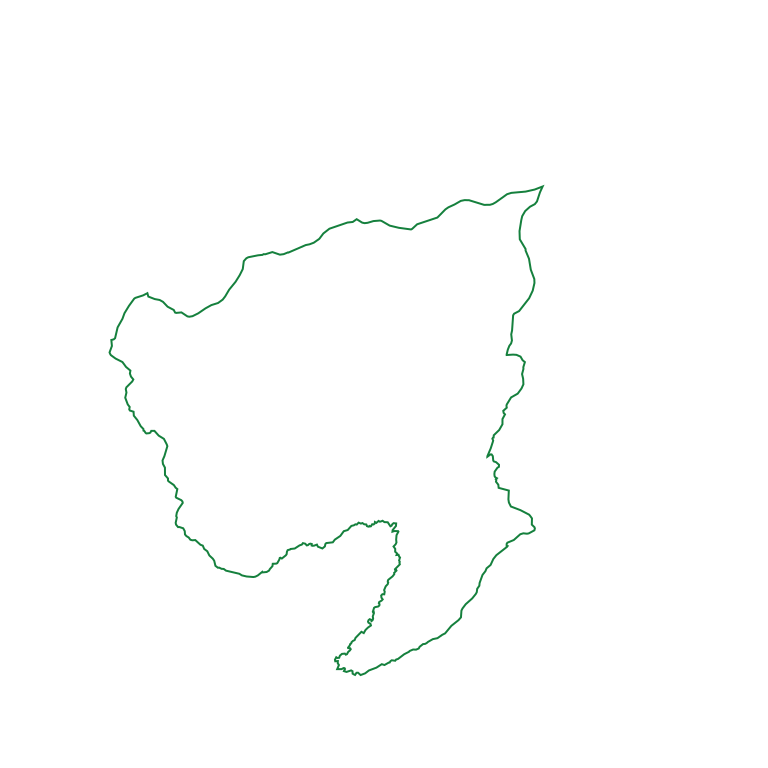 the district of Giraldo, Antioquia, Colombia, rotated 49°
{"feature_id": "7082276B20831515538679", "entity_name": "Giraldo", "entity_type": "district", "adm_level": 2, "iso_a3": "COL", "parent_name": "Colombia", "parent_adm1": "Antioquia", "projection": "equal_earth", "projection_center": [-75.917, 6.672], "detail": "fine", "context": "isolated", "style": "outline", "palette": "green", "viewbox_px": 768, "rotation_deg": 49, "n_neighbors": 0, "source": "geoboundaries", "source_scale": "gbopen_adm2", "svg_char_len": 6165}
<svg xmlns="http://www.w3.org/2000/svg" viewBox="0 0 768 768"><g transform="rotate(49 384 384)"><path d="M171.9,560.9L176.8,564.4L180.1,570.4L181.4,570.9L183.0,571.2L188.7,569.9L195.8,567.0L201.9,567.5L207.5,566.6L209.4,568.9L212.4,570.1L216.1,570.2L216.9,572.3L217.5,580.6L218.4,582.2L221.5,584.0L224.6,588.3L231.3,590.8L234.5,591.0L236.0,592.9L237.3,593.2L240.6,591.2L243.8,593.6L249.3,593.8L256.3,595.3L260.1,595.1L261.4,596.1L262.2,595.7L264.5,596.0L265.4,595.8L267.1,593.4L267.4,592.2L266.7,590.4L268.8,588.0L275.2,587.9L281.0,586.1L287.1,587.6L288.8,588.3L294.4,597.1L296.4,601.3L299.3,603.3L303.4,604.2L309.0,609.0L313.6,609.0L314.9,610.2L315.9,610.5L322.5,608.9L325.6,609.3L327.7,608.9L332.5,615.2L333.5,615.4L338.7,613.2L340.4,613.2L341.7,613.9L343.5,621.0L345.2,624.8L347.4,627.5L348.8,627.9L352.1,632.3L353.7,633.2L356.9,633.3L357.8,632.2L361.2,630.2L364.3,630.9L367.0,632.9L369.2,632.9L371.7,632.1L374.5,632.3L376.2,631.2L378.0,628.8L384.9,628.0L387.1,626.8L390.5,627.9L394.3,627.1L398.8,628.3L403.5,627.8L406.0,628.1L410.6,630.5L413.7,629.9L414.4,628.9L417.0,627.8L418.4,626.3L421.2,625.7L432.3,617.7L435.2,616.8L439.1,614.0L444.0,609.2L445.0,607.5L445.7,604.8L445.9,599.2L446.4,599.4L448.9,595.9L449.4,593.1L448.8,591.7L448.3,587.7L446.7,585.9L448.8,583.3L449.2,582.1L447.8,578.1L446.9,576.8L447.1,576.2L448.7,575.6L448.9,570.5L448.6,569.2L446.9,567.3L446.2,565.7L447.3,563.4L447.2,562.8L449.6,559.3L450.4,553.6L451.3,551.4L450.9,549.6L452.9,548.2L455.1,548.2L455.7,547.2L455.7,545.3L456.3,544.2L457.4,543.5L458.4,544.6L459.1,544.2L460.1,542.9L461.2,540.0L463.4,540.6L467.7,538.4L467.8,535.2L466.3,533.2L466.2,531.9L469.9,526.5L469.2,523.2L470.0,516.6L468.7,510.9L470.4,507.2L469.7,501.7L470.9,499.4L471.1,497.7L472.2,496.8L472.0,494.1L474.2,493.0L474.8,491.5L476.9,491.0L478.4,489.5L480.1,490.1L481.4,489.4L481.7,488.1L482.2,488.2L482.8,487.2L482.1,484.9L483.2,484.0L483.2,482.6L482.2,481.4L483.8,480.9L483.8,477.9L485.0,477.6L485.6,476.8L486.3,474.8L488.5,474.3L490.8,471.9L495.6,472.5L495.9,471.3L495.3,469.8L495.3,468.1L497.2,466.3L499.0,468.1L499.9,473.3L501.0,474.5L501.8,472.6L504.3,469.9L504.9,470.0L506.3,473.7L509.4,476.9L511.8,478.6L512.6,480.4L512.9,483.4L515.8,483.7L517.9,485.6L520.6,485.3L521.3,486.7L522.5,485.1L524.5,485.9L525.4,485.7L527.1,488.4L528.6,488.8L528.9,489.5L530.5,490.4L531.0,497.3L531.7,497.6L532.3,496.8L533.0,497.0L533.2,500.3L534.2,500.9L534.4,501.6L534.8,503.8L534.6,509.2L534.9,510.0L535.8,511.0L536.5,511.0L537.5,512.5L537.8,515.4L539.6,519.1L541.2,519.7L542.9,521.8L541.6,523.1L541.8,524.9L543.6,526.1L545.7,526.3L545.9,527.9L545.4,530.6L546.0,531.7L547.2,531.8L548.1,532.8L548.1,534.4L546.6,537.0L546.4,538.3L548.6,541.9L549.1,542.0L549.3,541.3L550.3,541.9L552.0,544.9L554.0,546.2L554.8,547.7L554.7,549.0L553.4,548.4L552.1,549.1L552.1,550.6L552.8,551.9L553.8,552.3L556.3,551.6L557.7,552.3L557.3,555.8L557.5,559.3L558.7,562.7L556.2,563.6L556.9,572.0L558.0,574.2L557.5,576.0L557.6,578.0L558.3,579.0L558.1,580.3L558.8,581.2L559.4,584.1L559.8,584.3L561.3,582.9L562.3,583.1L562.7,584.5L562.7,586.8L563.6,589.2L563.2,590.4L561.8,590.4L560.1,592.8L560.1,595.5L561.2,597.4L560.1,599.0L558.9,599.3L559.1,599.8L559.9,601.9L561.3,602.7L562.8,600.6L564.4,602.1L566.5,602.4L568.5,606.4L571.3,603.2L571.9,600.8L572.6,600.2L573.5,600.4L574.4,602.6L576.7,601.2L578.6,596.7L580.1,596.2L582.0,597.7L583.3,597.3L584.6,596.7L583.9,594.2L584.9,593.0L588.3,592.6L590.0,588.1L590.3,583.3L593.1,575.8L594.0,569.5L596.4,568.0L597.4,563.1L597.9,562.5L597.4,560.9L597.6,559.4L600.2,557.1L599.9,555.6L600.7,553.8L601.2,546.0L602.5,540.8L602.3,539.9L603.5,536.2L605.5,534.1L606.4,531.3L605.7,529.5L605.9,525.2L607.1,523.5L607.5,521.8L607.5,520.0L608.6,514.5L610.9,510.4L611.5,504.6L612.3,501.5L610.7,491.8L611.1,482.7L610.6,479.0L605.8,474.2L604.9,472.0L603.8,466.8L603.7,458.1L602.7,452.5L602.0,450.6L599.7,448.0L598.8,444.4L596.9,442.4L592.7,434.9L591.8,430.3L590.4,427.5L590.5,422.3L587.8,416.3L586.9,411.5L587.6,398.0L587.4,397.1L586.6,397.6L585.2,396.4L584.7,395.0L586.9,388.4L586.8,379.7L588.1,376.8L590.8,374.3L591.7,372.8L593.1,366.5L592.0,364.9L590.8,364.4L587.1,364.7L582.5,360.5L579.2,360.2L577.8,360.2L568.7,363.8L559.7,368.6L555.4,367.5L552.7,365.8L546.3,359.7L537.6,365.6L535.0,363.8L531.2,363.6L530.0,362.1L529.3,362.1L529.2,360.6L527.5,361.2L526.1,361.0L524.3,359.7L522.7,357.9L521.6,353.3L521.9,351.6L520.4,350.2L516.5,350.7L514.5,351.9L513.5,351.8L509.8,349.2L507.7,349.0L507.0,349.8L506.7,353.7L506.3,353.3L502.6,345.7L499.1,339.9L498.3,338.7L496.4,338.1L496.0,337.0L496.3,336.4L494.7,334.8L494.3,327.3L492.1,321.0L488.2,317.6L486.3,312.6L484.4,312.7L482.5,311.6L482.4,306.9L480.8,305.9L480.0,304.8L477.5,296.9L479.0,289.4L477.6,283.2L475.7,279.0L471.4,275.6L467.1,273.3L464.1,268.9L462.7,267.8L459.9,263.3L457.0,263.8L452.9,263.0L448.9,264.9L446.5,267.3L442.6,272.4L442.2,272.1L439.3,268.0L437.4,264.3L436.8,261.5L435.1,258.9L430.0,255.4L427.6,252.2L416.9,241.5L416.3,239.7L417.6,234.2L414.5,218.2L411.1,210.5L406.5,204.2L403.4,201.7L394.0,198.2L384.6,192.4L376.2,189.6L375.0,188.6L363.9,186.6L357.5,181.4L350.4,172.9L348.0,169.6L346.1,164.0L346.0,157.5L347.2,152.2L346.6,148.8L341.7,140.6L339.0,134.7L336.1,142.7L331.7,150.9L323.3,162.5L321.5,166.6L320.2,180.4L319.5,183.8L318.3,186.4L314.5,190.9L301.0,199.3L298.0,202.7L296.2,205.9L294.8,213.0L292.9,219.5L292.5,223.1L293.4,234.5L285.2,254.2L285.4,261.0L285.1,262.2L275.9,270.3L268.2,275.8L259.2,278.9L258.0,279.8L254.1,285.1L251.6,290.6L249.9,293.1L247.9,294.6L241.7,296.5L241.2,301.3L238.2,305.6L231.0,323.3L230.6,331.0L232.0,337.6L231.3,344.3L229.7,348.6L227.8,351.9L222.1,369.9L221.7,370.1L220.2,374.5L218.1,377.7L211.2,381.7L208.2,388.5L207.0,389.7L206.8,391.0L204.2,394.7L199.3,403.3L198.8,405.4L199.3,409.2L204.6,415.2L207.2,421.5L209.5,429.0L211.2,438.9L213.7,446.4L214.5,450.4L214.0,456.1L211.2,462.5L209.8,469.1L208.8,477.8L207.2,484.0L205.5,486.8L204.0,488.0L197.1,489.9L194.0,494.2L193.0,494.8L190.2,494.1L183.7,496.6L177.0,496.9L173.4,498.2L169.5,501.3L163.4,504.5L160.2,503.0L159.1,507.6L155.9,515.1L155.7,516.5L157.7,525.2L160.3,533.4L163.2,538.6L166.5,547.9L173.0,556.9L173.0,558.7L171.9,560.9Z" fill="none" stroke="#15803d" stroke-width="2"/></g></svg>